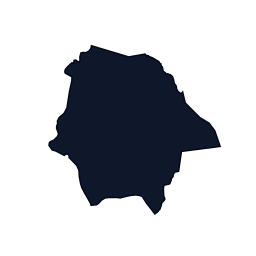 Melekeok, Melekeok, Palau (Natural Earth projection), rotated 339°
{"feature_id": "81905179B96125611766208", "entity_name": "Melekeok", "entity_type": "district", "adm_level": 2, "iso_a3": "PLW", "parent_name": "Palau", "parent_adm1": "Melekeok", "projection": "natural_earth1", "projection_center": [134.606, 7.509], "detail": "fine", "context": "isolated", "style": "filled", "palette": "ink", "viewbox_px": 256, "rotation_deg": 339, "n_neighbors": 0, "source": "geoboundaries", "source_scale": "gbopen_adm2", "svg_char_len": 3011}
<svg xmlns="http://www.w3.org/2000/svg" viewBox="0 0 256 256"><g transform="rotate(339 128 128)"><path d="M191.9,114.0L191.5,114.2L191.2,114.4L190.9,114.6L190.7,114.7L190.4,114.7L190.1,114.7L189.9,114.8L189.7,115.3L189.7,115.1L189.6,114.8L189.3,114.5L188.9,113.7L188.5,113.1L188.1,112.4L187.8,111.8L187.7,111.1L187.6,110.6L187.5,110.1L187.5,109.5L187.5,109.0L187.4,108.7L187.5,108.2L187.6,107.9L187.8,107.4L187.9,106.9L188.0,106.5L187.9,106.3L187.8,106.0L187.9,105.9L187.9,105.5L187.9,105.1L187.7,104.7L187.6,104.3L187.5,104.1L187.4,103.7L187.3,103.3L187.2,102.9L187.2,102.5L187.3,102.2L187.3,101.8L187.3,101.6L187.5,101.4L187.6,100.8L187.6,100.4L187.7,100.2L187.7,99.6L187.7,99.1L187.8,99.1L187.8,98.7L187.7,98.3L187.8,98.2L187.8,97.9L187.8,97.7L187.9,97.2L188.0,96.8L187.9,96.3L187.8,95.6L187.6,95.2L187.2,94.6L187.0,94.2L186.8,93.8L186.5,93.4L186.2,93.2L185.6,92.8L185.0,92.1L184.7,91.8L184.3,91.6L184.1,91.5L183.6,91.5L183.1,91.2L183.0,90.6L182.7,90.3L182.6,89.9L182.6,89.7L182.4,89.3L182.2,89.1L181.9,88.8L181.4,88.1L181.3,87.3L181.2,87.1L181.2,86.7L181.3,86.5L181.3,86.2L181.5,85.8L181.4,85.4L181.6,85.0L181.8,84.5L181.8,84.0L181.8,83.8L181.7,83.6L181.8,83.5L181.7,83.2L181.8,83.0L181.6,82.8L181.4,82.4L181.3,82.5L181.3,82.2L181.6,79.7L181.1,79.6L181.0,79.3L180.6,78.7L180.8,78.1L180.7,77.6L180.5,77.2L180.4,77.1L180.2,76.6L179.8,76.0L179.0,75.1L178.2,74.3L177.7,73.3L177.0,72.5L176.2,71.6L175.8,71.1L175.4,70.8L175.1,70.7L174.8,70.1L174.7,70.0L174.4,70.0L174.4,69.8L174.2,69.7L174.0,69.4L173.7,69.4L173.6,69.1L173.4,69.0L173.2,68.4L172.9,68.0L172.8,67.8L172.5,67.6L172.0,67.3L171.9,67.2L171.7,67.0L171.3,67.0L171.1,67.1L170.9,67.3L170.9,67.1L170.7,66.9L170.8,66.8L170.8,66.5L170.7,66.2L170.6,65.6L170.4,65.1L154.1,61.9L124.0,38.6L123.3,38.1L122.7,39.3L121.5,40.8L118.6,42.3L115.3,42.5L113.5,41.5L111.1,41.0L110.3,42.1L108.7,44.1L107.3,47.9L106.4,48.9L105.5,48.4L104.6,47.7L103.9,46.1L102.1,45.5L101.4,46.2L101.4,47.4L100.8,48.0L100.2,47.5L98.7,47.1L93.4,49.3L90.6,50.8L89.4,52.4L89.0,54.1L90.7,56.2L94.0,60.0L93.5,61.5L92.6,63.6L86.4,73.1L78.2,87.4L73.8,91.3L67.6,93.5L64.6,96.2L63.8,98.9L62.2,100.5L61.2,102.8L61.2,105.4L61.0,108.7L59.0,110.8L54.0,112.9L50.7,112.9L49.3,113.6L48.0,115.9L49.3,121.2L52.5,123.7L57.9,129.8L58.6,130.7L61.1,130.1L62.5,130.9L63.2,133.0L62.4,134.4L64.3,138.7L66.8,144.8L66.9,147.7L67.2,149.3L66.5,151.7L65.1,155.9L63.8,163.1L63.6,167.3L64.4,174.1L66.0,184.3L65.9,187.0L68.5,187.6L71.0,188.4L74.0,187.6L77.5,185.8L81.6,185.1L84.8,185.9L92.6,188.8L95.8,190.5L98.4,190.7L106.5,191.9L111.2,193.2L114.4,195.0L116.2,196.4L116.9,197.6L118.2,204.2L122.3,217.9L125.3,217.0L126.2,216.7L127.4,215.7L128.5,215.4L131.1,212.4L132.8,209.9L135.7,208.6L137.0,207.5L137.0,204.2L139.3,197.3L140.6,194.9L142.0,194.4L145.6,195.0L147.0,195.0L149.3,192.6L150.4,190.8L152.6,189.5L153.5,187.9L154.5,186.7L156.4,185.9L157.9,186.3L159.8,186.5L159.9,186.2L169.5,169.0L207.4,178.2L208.0,161.6L205.4,152.5L198.8,144.1L190.4,125.1L191.9,114.0Z" fill="#0f172a" stroke="#020617" stroke-width="1.5"/></g></svg>